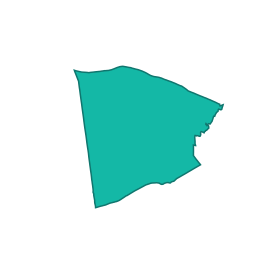 Al-Najaf, An-Najaf, Iraq (Albers equal-area conic projection), rotated 42°
{"feature_id": "34846034B29737598200853", "entity_name": "Al-Najaf", "entity_type": "district", "adm_level": 2, "iso_a3": "IRQ", "parent_name": "Iraq", "parent_adm1": "An-Najaf", "projection": "albers", "projection_center": [43.801, 31.101], "detail": "fine", "context": "isolated", "style": "filled", "palette": "teal", "viewbox_px": 256, "rotation_deg": 42, "n_neighbors": 0, "source": "geoboundaries", "source_scale": "gbopen_adm2", "svg_char_len": 4590}
<svg xmlns="http://www.w3.org/2000/svg" viewBox="0 0 256 256"><g transform="rotate(42 128 128)"><path d="M190.0,95.8L189.9,95.7L188.3,94.8L186.9,93.2L184.8,91.2L184.1,90.6L183.7,90.1L182.9,88.9L183.2,88.8L183.4,88.2L184.1,88.1L184.4,87.5L184.9,87.1L186.0,86.6L186.5,86.5L187.1,85.8L186.6,84.4L185.6,83.4L185.2,83.2L184.7,81.8L185.3,81.4L186.4,81.0L187.5,80.8L187.8,80.6L187.3,79.7L187.6,78.7L187.4,78.0L187.9,77.2L188.0,76.1L188.0,74.8L188.1,73.9L187.5,73.5L186.7,72.6L186.1,72.5L185.4,72.7L185.2,73.4L184.7,73.2L183.8,73.3L183.2,73.1L183.0,72.5L183.6,72.6L184.1,72.9L184.6,72.7L184.9,71.9L185.1,70.7L185.5,70.4L186.1,70.3L186.4,70.0L186.1,68.2L186.0,66.9L185.4,65.5L184.8,64.1L184.3,63.2L183.8,61.9L184.1,61.7L184.6,61.3L184.5,61.1L184.3,60.7L184.1,60.1L183.9,59.8L183.8,59.1L183.7,58.6L183.5,57.7L183.4,57.4L183.4,57.0L183.5,56.6L183.6,56.0L183.7,55.4L183.6,55.1L183.3,54.8L183.1,54.5L182.9,54.2L182.8,53.8L182.7,53.4L182.8,53.3L183.0,53.2L183.3,53.1L183.5,52.9L183.9,52.8L184.2,52.7L184.3,52.6L184.7,52.4L184.8,52.3L185.0,52.1L185.1,51.8L185.2,51.4L185.0,51.1L184.8,50.6L184.5,50.2L184.2,49.5L183.9,48.8L183.5,47.8L183.3,47.5L183.1,47.1L183.0,47.3L182.7,47.8L182.5,48.4L182.2,48.9L182.0,49.4L181.8,49.6L181.7,49.8L181.6,50.0L181.4,49.9L181.0,49.6L180.7,49.4L180.4,49.2L180.2,49.0L179.9,49.2L179.4,49.3L178.5,49.6L177.8,49.8L175.6,50.4L172.3,51.5L171.1,51.9L170.5,52.0L170.3,52.1L168.8,52.7L166.3,53.5L165.5,53.8L164.6,54.2L163.4,54.6L162.0,55.1L160.2,55.8L157.6,56.7L155.3,57.5L153.4,58.1L151.7,58.8L149.5,59.6L148.6,59.9L148.1,60.1L147.6,60.2L147.1,60.2L145.7,60.2L144.1,60.4L143.1,60.5L141.7,60.7L140.8,60.8L139.7,61.0L138.7,61.5L137.0,62.1L135.2,62.7L134.1,63.0L132.6,63.5L131.3,64.0L129.3,64.7L127.6,65.4L125.7,66.2L124.6,66.6L124.3,66.7L123.5,67.1L122.3,67.6L120.8,68.1L120.2,68.3L119.5,68.5L118.6,69.0L117.4,69.5L116.2,70.2L114.7,71.2L113.2,72.2L112.3,72.7L111.2,73.2L110.0,73.7L109.1,74.0L107.4,74.4L106.2,74.6L104.5,75.0L103.0,75.4L101.9,75.8L100.8,76.1L98.4,77.1L97.1,77.6L95.7,78.3L94.5,79.0L93.3,79.6L91.9,80.3L91.0,80.8L89.7,81.3L88.1,82.4L85.9,83.7L84.0,84.9L82.9,85.6L82.3,86.2L81.9,86.7L81.3,87.4L80.9,87.9L80.2,89.1L79.5,90.3L78.6,92.1L78.0,93.4L77.1,95.1L76.8,95.7L75.9,97.0L75.2,98.0L74.9,98.4L74.0,99.3L73.2,100.2L72.3,101.0L71.1,102.5L70.5,103.2L69.4,104.6L68.0,106.1L66.1,108.2L64.8,109.7L62.6,112.1L62.0,113.0L60.8,113.8L59.6,114.7L57.6,116.3L56.2,117.4L55.0,118.1L52.5,119.5L50.9,120.4L49.5,121.0L50.5,121.6L53.0,122.8L58.3,125.5L59.8,126.2L60.4,126.7L61.8,127.9L64.8,130.5L66.9,132.2L69.9,134.8L74.5,138.7L77.4,141.1L80.3,143.6L82.3,145.3L87.9,150.0L91.0,152.7L95.1,156.2L101.8,161.7L103.7,163.3L107.6,166.7L111.7,170.1L113.1,171.2L115.6,173.3L117.8,175.3L120.1,177.3L122.0,178.9L124.9,181.4L127.4,183.5L128.2,184.2L130.0,185.7L131.8,187.2L133.5,188.7L135.6,190.6L137.2,191.9L138.7,193.2L140.4,194.6L142.7,196.6L143.8,197.6L144.2,198.1L144.5,198.5L145.0,199.0L145.4,199.4L145.9,199.5L146.5,199.8L146.8,200.1L147.4,200.7L147.9,201.2L148.7,201.8L149.2,202.2L149.9,202.7L150.6,203.3L151.2,203.7L151.5,203.9L151.9,204.4L152.5,205.0L153.1,205.6L153.5,206.0L154.2,206.4L154.8,206.9L155.4,207.3L155.9,207.6L156.1,207.8L156.6,208.3L157.2,208.9L157.4,208.6L157.9,207.9L158.3,207.1L158.6,206.7L158.9,206.1L159.5,205.2L160.2,204.1L160.8,203.3L161.4,202.3L162.3,201.0L162.7,200.4L162.9,200.0L163.2,199.5L163.5,198.7L163.9,198.0L164.4,196.9L164.9,195.9L165.5,195.0L165.7,194.7L166.1,194.2L166.5,193.5L167.3,192.4L167.8,191.5L168.5,190.6L169.0,189.7L169.4,188.8L169.7,188.3L169.8,187.9L170.0,187.5L170.2,186.7L170.5,185.9L170.6,185.2L171.0,183.8L171.5,181.8L171.8,180.5L172.0,179.6L172.4,179.1L172.5,178.8L172.6,178.3L173.0,177.2L173.5,175.4L174.1,173.4L174.7,171.4L175.3,169.5L176.3,166.9L178.2,161.6L179.0,159.3L179.3,158.4L179.8,157.6L180.5,156.3L180.9,155.7L181.6,154.3L182.2,153.3L182.5,153.1L182.8,152.7L183.2,152.3L183.9,151.6L184.7,150.8L185.3,150.2L185.8,149.6L186.2,149.3L186.7,149.0L187.3,148.6L187.9,148.2L188.1,148.1L188.5,148.0L189.3,147.9L190.0,147.7L190.4,147.6L190.7,147.3L191.2,146.8L191.5,146.6L191.6,146.3L191.9,145.6L191.9,145.0L192.2,144.5L193.1,143.0L193.5,142.4L193.8,142.2L194.4,141.6L194.7,141.5L195.4,141.2L195.6,141.0L196.3,140.4L196.3,139.0L197.7,136.8L197.9,134.8L198.0,133.0L198.1,132.8L199.4,128.9L200.0,127.0L200.8,124.6L201.6,122.1L202.4,119.5L202.9,118.0L204.3,113.5L205.7,109.2L206.2,107.7L206.5,106.8L205.6,106.6L204.9,106.5L204.0,106.4L201.8,106.0L198.8,105.5L196.0,104.9L195.0,104.7L194.5,104.0L193.8,103.3L192.8,102.1L189.6,98.6L188.0,96.9L188.8,96.5L190.0,95.8L190.0,95.8Z" fill="#14b8a6" stroke="#0f766e" stroke-width="1.5"/></g></svg>